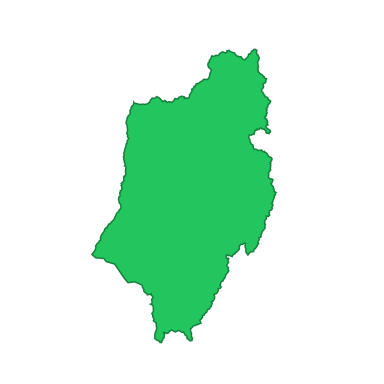 the district of Calingasta, San Juan, Argentina, rotated 194°
{"feature_id": "61730980B6490927359782", "entity_name": "Calingasta", "entity_type": "district", "adm_level": 2, "iso_a3": "ARG", "parent_name": "Argentina", "parent_adm1": "San Juan", "projection": "orthographic", "projection_center": [-70.115, -31.449], "detail": "fine", "context": "isolated", "style": "filled", "palette": "green", "viewbox_px": 384, "rotation_deg": 194, "n_neighbors": 0, "source": "geoboundaries", "source_scale": "gbopen_adm2", "svg_char_len": 6065}
<svg xmlns="http://www.w3.org/2000/svg" viewBox="0 0 384 384"><g transform="rotate(194 192 192)"><path d="M186.7,38.3L185.4,38.4L185.0,39.4L185.4,40.4L184.6,41.4L184.8,42.5L184.7,43.1L184.1,43.3L183.9,44.3L184.3,47.2L185.7,48.5L185.0,49.2L182.7,48.5L180.9,49.5L179.7,52.0L178.6,53.1L174.2,52.2L171.3,54.6L167.8,53.4L166.4,54.2L164.1,51.6L162.0,50.8L161.5,48.7L157.6,47.1L156.1,48.0L156.4,48.9L156.0,50.0L157.5,51.5L158.5,55.3L159.5,56.0L160.3,59.2L159.6,59.7L158.2,62.6L156.6,63.3L151.6,66.9L153.4,69.6L151.9,71.5L152.1,72.4L151.4,72.9L152.1,74.6L150.2,75.7L150.2,77.3L148.7,78.8L148.6,81.0L148.1,82.0L146.7,82.8L146.6,84.4L145.8,85.5L145.4,89.0L146.6,89.9L146.1,90.8L145.1,91.2L144.4,94.2L144.7,95.9L145.9,97.9L144.1,99.0L143.3,100.1L142.7,102.3L142.9,104.7L141.2,105.5L140.8,107.1L142.4,108.7L142.0,109.6L142.1,111.2L141.6,112.5L140.4,113.2L140.3,114.6L139.3,116.9L139.1,120.0L137.3,123.9L137.3,124.7L138.1,125.5L138.3,127.4L140.0,128.3L140.6,129.4L139.5,132.8L140.1,133.0L140.6,134.4L140.1,136.0L141.1,136.5L141.7,135.9L142.5,136.1L143.2,137.1L143.4,138.9L142.6,139.6L141.6,139.0L140.1,139.5L137.5,139.0L136.8,141.6L135.4,142.3L135.4,143.2L134.6,143.9L132.3,147.7L132.3,148.4L133.0,149.0L132.7,150.5L133.1,151.1L131.6,153.3L130.2,153.5L128.6,155.2L127.9,155.1L127.3,154.0L127.6,152.9L127.2,151.5L126.0,150.0L125.1,146.6L122.5,144.4L121.5,146.8L120.3,148.3L119.0,148.5L117.8,149.4L118.0,151.1L117.6,151.9L116.7,152.4L116.6,153.5L115.8,155.0L115.9,156.0L114.9,158.2L116.1,159.1L115.3,161.9L115.9,163.7L114.8,164.4L114.1,165.6L114.8,166.4L114.3,169.3L114.6,169.8L112.4,174.5L113.2,177.6L112.9,178.3L114.0,179.2L114.1,180.7L114.6,181.0L114.3,182.5L113.3,183.9L114.1,186.6L112.1,186.7L111.0,188.3L112.3,190.2L111.9,191.0L112.3,192.0L112.0,192.8L110.7,193.7L110.0,195.3L110.8,196.3L110.3,199.0L111.9,200.2L111.3,201.2L111.5,202.8L110.8,206.7L111.3,208.5L110.3,209.6L110.9,211.1L110.3,211.8L112.5,212.6L113.1,214.5L114.2,215.9L114.3,216.7L117.0,218.6L117.4,219.5L116.7,220.1L116.4,223.5L118.1,224.0L119.3,223.4L121.5,224.9L121.6,227.2L122.5,229.1L121.0,232.5L121.5,232.7L122.0,236.6L122.7,237.3L122.3,238.6L123.3,239.2L122.4,241.6L122.3,243.6L123.7,244.7L126.0,244.9L128.6,247.5L129.9,248.2L131.3,248.2L131.6,248.9L133.0,248.3L134.8,249.6L135.3,249.1L138.1,248.3L139.8,248.9L142.3,248.8L143.2,249.6L144.1,252.3L146.7,253.2L146.7,253.7L147.6,254.2L148.6,256.9L149.6,257.6L150.1,258.7L150.3,261.0L149.3,261.5L148.2,261.4L147.3,262.6L145.7,263.0L146.0,264.2L145.7,265.0L145.8,267.0L144.5,267.5L144.1,268.9L143.3,268.4L142.0,268.9L141.3,270.7L140.5,270.8L139.5,270.1L136.9,270.4L136.8,269.9L135.2,269.4L134.5,267.4L133.0,267.2L131.3,267.4L131.3,268.4L130.6,269.0L130.4,269.9L131.9,271.1L133.7,271.5L136.2,273.1L136.2,274.0L135.7,274.9L134.6,275.4L135.9,277.4L135.5,278.1L137.1,280.6L137.6,280.5L138.1,281.2L138.7,281.0L139.7,281.7L139.6,282.5L138.5,283.4L138.3,284.8L138.8,285.6L138.2,287.0L139.3,288.4L139.0,289.9L140.1,290.9L139.0,292.9L139.6,294.3L138.0,297.1L137.6,298.8L138.1,299.6L140.6,300.2L141.0,301.4L141.9,302.1L144.3,302.0L144.8,303.5L145.8,303.8L146.7,305.3L148.7,306.3L149.2,307.4L149.0,309.1L148.1,310.2L148.0,311.5L149.3,313.8L148.7,314.9L147.7,315.0L147.0,316.8L147.3,318.0L147.2,320.0L149.2,319.9L149.7,321.2L151.2,321.6L151.9,322.6L154.6,323.2L155.7,324.3L156.9,324.7L157.3,326.6L158.4,328.0L157.7,329.0L159.7,333.8L159.2,336.1L159.5,336.6L159.2,337.4L159.4,338.9L160.2,339.4L161.0,340.9L162.1,341.1L163.2,342.5L163.4,345.2L165.3,345.7L166.3,345.4L166.6,344.5L168.2,342.9L168.8,340.1L170.4,339.5L170.4,337.0L172.8,332.9L175.2,333.3L177.2,335.2L179.0,334.5L179.6,334.9L180.9,334.6L183.6,336.2L184.2,337.2L188.4,337.3L190.1,338.4L192.3,337.4L191.9,336.5L192.8,335.0L196.1,335.4L197.1,334.7L198.7,333.0L199.1,331.3L200.1,330.5L201.7,330.5L203.8,328.8L205.8,328.8L206.0,326.1L207.0,323.8L206.5,321.9L207.4,321.5L207.5,320.2L207.3,318.9L205.9,316.7L205.2,316.7L202.7,315.0L202.7,313.5L203.4,311.3L203.0,308.6L203.2,307.2L204.0,305.0L208.0,304.1L209.2,301.9L210.1,301.4L211.9,299.1L214.1,298.0L214.1,296.5L214.7,295.2L215.5,295.0L216.0,292.3L217.2,291.6L216.4,290.4L216.9,288.0L217.9,285.9L217.5,284.1L217.8,282.9L219.1,281.6L219.9,281.9L221.9,281.0L221.9,282.1L222.2,282.4L225.2,282.5L227.8,280.5L228.0,278.9L231.2,278.5L231.8,275.9L233.7,273.9L236.0,274.1L238.0,272.8L238.9,273.7L240.8,274.2L241.6,272.6L242.1,272.6L245.8,275.0L249.2,276.1L250.8,273.9L253.4,273.4L253.7,272.3L254.4,271.5L255.0,268.6L257.0,266.4L260.0,265.3L260.7,265.5L263.7,264.3L269.9,264.3L270.1,264.6L269.9,262.1L271.1,260.6L271.5,259.2L271.2,257.4L272.0,256.1L271.0,254.0L271.3,253.6L271.1,252.4L272.3,250.3L272.9,247.7L272.5,246.0L272.9,244.9L272.5,242.6L271.3,241.5L269.4,236.2L269.5,232.9L268.2,232.0L267.9,229.8L266.6,229.1L266.4,228.5L267.3,225.7L266.8,223.4L267.4,222.9L267.2,220.4L267.6,216.8L267.2,215.5L267.6,214.1L267.2,212.0L266.5,210.9L267.1,209.5L266.3,208.9L266.1,206.7L265.2,206.2L265.0,204.7L263.4,203.1L263.8,201.0L262.4,200.8L262.1,200.2L261.6,196.2L261.1,195.7L261.3,195.1L260.4,193.3L260.8,191.8L261.4,191.4L261.1,190.8L262.0,190.1L260.8,186.2L262.7,183.1L261.8,182.6L262.4,181.1L261.4,180.5L261.2,179.0L260.6,178.2L260.8,177.1L261.9,175.8L261.5,174.9L261.9,173.9L260.8,170.9L261.8,169.3L261.6,167.7L260.1,164.1L258.0,162.3L257.2,160.1L257.2,158.3L258.1,157.4L258.5,155.5L259.9,153.2L261.1,146.2L263.3,142.9L263.4,141.7L265.3,140.4L265.1,139.5L265.8,138.3L265.8,136.7L266.8,136.4L267.6,135.0L267.7,132.9L269.3,128.9L269.7,126.7L269.7,125.1L268.9,123.3L270.2,122.0L270.5,120.0L271.3,119.5L272.5,116.3L271.7,114.8L272.0,111.8L274.0,107.1L269.4,104.9L261.4,106.2L258.4,103.7L249.6,103.4L236.9,92.0L232.1,88.5L225.9,91.0L218.0,89.6L217.0,87.6L215.1,85.8L214.9,84.3L212.8,82.9L211.0,82.3L210.5,81.4L206.9,83.1L206.7,82.1L204.8,81.2L204.3,80.1L205.2,78.0L204.0,75.2L204.1,73.5L205.9,73.0L203.3,72.9L202.1,71.9L200.6,67.2L201.5,64.2L200.3,63.2L200.0,61.7L198.1,59.4L198.3,57.6L196.1,56.8L194.8,55.7L194.6,54.2L193.0,50.9L193.4,49.8L193.1,48.3L193.5,47.9L193.6,44.7L192.6,40.8L190.6,39.9L187.6,39.4L186.7,38.3Z" fill="#22c55e" stroke="#15803d" stroke-width="1.5"/></g></svg>